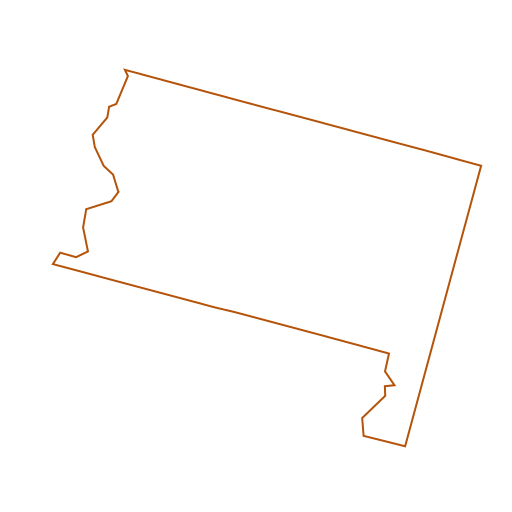 Pottawatomie, Oklahoma, United States of America (Mercator projection), rotated 105°
{"feature_id": "52423323B34642745342205", "entity_name": "Pottawatomie", "entity_type": "district", "adm_level": 2, "iso_a3": "USA", "parent_name": "United States of America", "parent_adm1": "Oklahoma", "projection": "mercator", "projection_center": [-96.916, 35.182], "detail": "fine", "context": "isolated", "style": "outline", "palette": "amber", "viewbox_px": 512, "rotation_deg": 105, "n_neighbors": 0, "source": "geoboundaries", "source_scale": "gbopen_adm2", "svg_char_len": 626}
<svg xmlns="http://www.w3.org/2000/svg" viewBox="0 0 512 512"><g transform="rotate(105 256 256)"><path d="M401.2,62.7L209.8,62.2L110.6,61.9L110.5,81.9L110.2,122.0L110.3,152.1L110.2,249.4L110.3,281.6L110.3,311.6L110.2,371.3L110.1,430.8L115.4,426.3L145.3,430.3L149.8,436.5L160.7,435.5L181.2,445.1L192.5,439.9L208.4,426.4L214.4,415.1L229.2,405.9L229.6,405.4L240.5,409.8L254.7,432.1L273.2,430.4L295.1,419.5L303.7,429.5L303.5,446.0L316.4,450.1L316.3,282.0L315.7,262.1L315.6,181.9L315.8,102.3L334.1,101.5L345.0,88.8L348.4,97.8L357.6,95.0L385.0,111.5L401.9,105.5L401.2,62.7Z" fill="none" stroke="#b45309" stroke-width="2"/></g></svg>